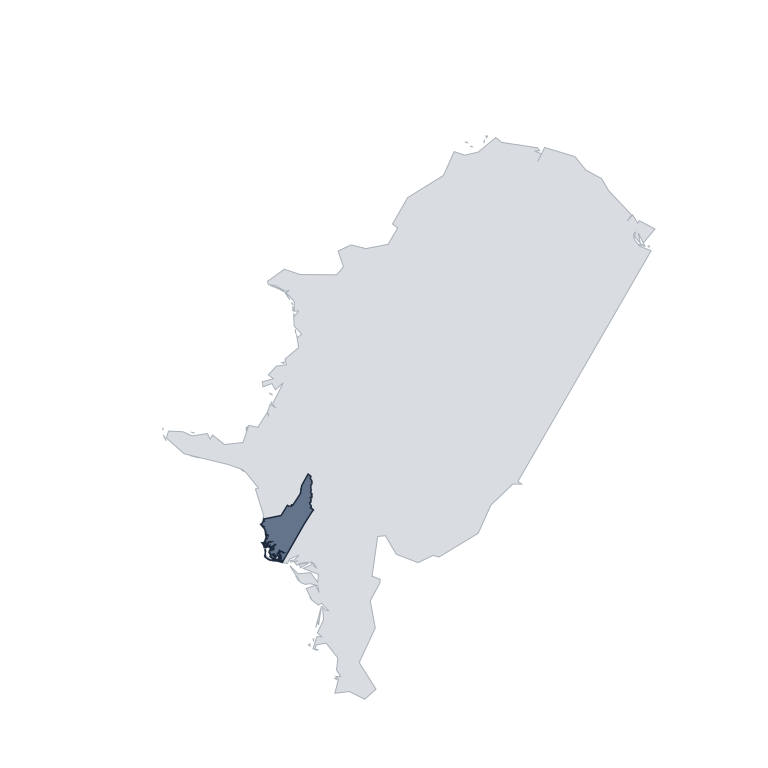 United States of America, with North Carolina highlighted, rotated 120°
{"feature_id": "USA-3549", "entity_name": "North Carolina", "entity_type": "State", "adm_level": 1, "iso_a3": "USA", "parent_name": "United States of America", "parent_adm1": "", "projection": "equal_earth", "projection_center": [-78.085, 35.229], "detail": "fine", "context": "in_parent", "style": "filled", "palette": "slate", "viewbox_px": 768, "rotation_deg": 120, "n_neighbors": 0, "source": "natural_earth", "source_scale": "10m", "svg_char_len": 9762}
<svg xmlns="http://www.w3.org/2000/svg" viewBox="0 0 768 768"><g transform="rotate(120 384 384)"><path d="M599.6,269.6L637.6,266.2L652.3,238.3L666.6,243.1L667.7,260.3L676.4,271.9L662.1,276.0L661.4,279.3L658.9,275.2L655.5,282.1L644.4,286.9L637.3,304.5L643.8,312.1L648.1,311.2L646.9,307.9L648.3,309.4L648.7,313.2L636.4,315.7L634.0,311.6L632.9,317.2L618.6,318.4L607.9,325.6L609.0,321.5L608.0,318.9L605.1,328.6L608.2,330.3L607.2,338.5L600.0,349.2L592.4,342.6L597.0,335.9L591.7,340.5L593.8,348.0L597.0,352.3L597.6,357.1L588.5,374.6L591.3,363.5L584.1,353.2L588.8,342.3L581.6,345.6L584.1,361.7L577.3,356.8L574.9,357.3L577.1,352.3L576.9,350.7L574.6,354.7L574.4,358.1L585.0,364.4L582.6,367.3L577.9,361.6L576.1,360.6L582.0,367.5L584.6,368.8L583.0,372.9L579.9,369.7L584.9,376.0L583.6,376.8L581.2,373.6L574.7,372.1L582.7,378.1L587.8,377.9L592.9,393.1L588.4,381.4L589.8,389.0L580.2,387.4L587.1,394.9L590.5,392.7L586.2,399.6L577.0,397.1L582.6,400.7L577.8,404.2L583.4,406.7L573.1,408.3L567.7,419.5L558.0,422.5L539.2,442.9L536.9,440.6L529.6,459.5L528.9,464.2L531.7,478.8L544.4,522.3L539.5,545.6L532.5,547.0L526.0,534.5L524.8,524.1L515.2,512.2L518.7,506.9L513.9,507.1L516.2,491.9L505.2,476.9L487.4,480.4L484.6,471.6L467.3,470.9L469.6,467.5L466.4,470.9L458.5,472.4L458.7,465.8L457.2,470.5L433.3,471.8L443.3,475.1L439.6,481.3L447.0,487.3L443.0,490.6L434.8,482.5L433.9,488.8L422.3,486.1L416.1,478.2L412.0,482.2L395.1,476.1L384.7,484.7L387.3,482.3L382.1,480.1L378.7,490.8L367.8,497.7L370.4,495.6L363.6,494.5L365.8,498.2L357.5,502.8L353.7,514.7L350.2,512.8L353.1,516.0L353.0,527.1L355.8,533.8L353.3,536.2L334.5,527.7L331.2,511.5L313.1,479.5L302.8,477.7L291.8,490.3L280.0,482.0L275.8,467.4L261.0,450.3L242.0,450.2L241.2,456.6L210.8,456.7L173.7,436.8L147.6,439.4L145.6,428.6L136.1,418.4L114.7,410.4L115.9,402.8L102.7,369.2L104.0,365.7L107.0,370.1L105.9,362.8L114.3,362.1L98.8,363.1L91.6,332.3L97.8,316.1L97.3,298.2L104.0,286.6L113.9,254.0L121.2,254.9L113.2,253.3L117.8,244.6L114.9,244.7L114.3,226.9L132.2,229.9L126.1,239.3L133.8,232.6L131.3,240.5L126.4,242.4L129.5,242.8L133.7,239.5L136.9,231.5L135.0,219.3L401.3,219.3L401.9,214.7L406.2,222.4L435.5,230.9L466.2,227.8L506.4,249.9L507.9,255.8L521.7,265.2L525.3,288.2L514.7,307.0L519.2,313.2L556.4,298.3L555.1,289.6L558.4,288.1L578.7,287.5L599.6,269.6ZM622.9,322.4L629.1,321.4L607.5,327.1L625.3,320.2L622.9,322.4ZM134.4,226.8L135.6,231.8L135.3,232.6L132.8,228.8L134.4,226.8ZM355.6,531.9L353.6,522.2L354.1,516.6L354.2,522.4L355.6,531.9ZM663.6,276.7L663.6,279.4L662.6,278.8L663.6,276.7ZM416.2,481.0L416.6,483.2L414.8,481.4L416.2,481.0ZM122.1,419.1L124.9,417.9L125.0,418.2L122.1,419.1ZM119.5,418.2L118.2,419.8L117.5,418.4L119.5,418.2ZM642.1,316.1L640.4,317.9L639.9,317.4L642.1,316.1ZM355.9,511.6L354.2,516.0L358.2,507.5L355.9,511.6ZM540.7,507.9L543.1,516.5L540.3,507.1L540.7,507.9ZM134.4,426.0L135.2,428.3L134.2,426.2L134.4,426.0ZM540.6,546.9L538.4,549.7L542.0,543.9L540.6,546.9ZM593.7,398.2L591.3,401.4L593.2,393.8L593.7,398.2ZM132.9,222.8L132.6,224.2L131.7,223.5L132.9,222.8ZM365.8,499.9L361.9,501.9L365.9,499.3L365.8,499.9ZM647.9,316.9L647.9,318.9L646.0,318.4L647.9,316.9ZM133.4,432.3L133.9,435.1L133.0,432.6L133.4,432.3ZM360.9,503.6L359.3,504.7L360.7,502.9L360.9,503.6ZM596.7,360.4L594.2,364.7L597.0,358.8L596.7,360.4ZM383.4,486.6L380.9,488.3L384.5,485.4L383.4,486.6ZM530.0,461.8L529.5,465.3L529.3,462.8L530.0,461.8ZM584.3,407.3L583.5,408.0L585.9,405.4L584.3,407.3ZM493.8,479.7L490.8,481.5L489.6,481.1L493.8,479.7ZM457.4,471.8L456.9,472.4L455.2,472.3L457.4,471.8ZM521.6,524.4L522.0,527.0L521.1,523.9L521.6,524.4ZM449.6,476.7L449.1,479.0L449.1,475.0L449.6,476.7ZM533.8,553.1L532.2,553.3L534.5,552.6L533.8,553.1ZM606.7,340.0L605.5,342.0L607.0,339.1L606.7,340.0ZM589.5,402.1L588.4,402.9L588.2,402.8L589.5,402.1Z" fill="#d9dde1" stroke="#a8b0b8" stroke-width="1"/><path d="M587.5,382.9L587.6,383.9L588.2,384.5L588.2,385.0L588.7,385.5L588.4,385.0L588.6,384.6L588.8,384.6L588.7,385.6L589.2,386.4L590.2,389.4L589.8,389.4L589.4,388.8L589.3,388.0L588.9,387.5L588.8,387.1L588.5,386.9L588.6,386.6L588.3,386.3L588.0,386.2L588.3,386.6L588.5,387.6L588.3,387.7L588.9,388.3L587.7,387.9L587.3,387.3L586.5,386.6L585.8,386.4L586.0,386.2L585.8,386.1L585.6,386.6L586.3,386.9L586.7,387.6L587.0,387.8L587.1,388.1L587.3,388.2L587.3,388.3L586.5,388.5L586.2,388.7L584.9,387.6L585.0,388.0L585.9,389.0L585.6,389.2L584.3,388.6L583.8,388.1L583.6,388.1L583.1,387.7L583.4,388.3L584.7,389.2L583.6,389.4L583.4,389.5L583.6,389.6L583.4,389.9L583.0,390.1L582.4,390.4L581.9,390.4L581.3,389.7L581.2,390.0L580.9,390.0L580.7,389.8L580.3,388.0L580.8,386.6L580.7,386.3L580.2,386.1L580.5,386.6L580.0,387.6L580.0,388.8L580.2,389.6L580.5,390.0L580.5,390.4L580.7,390.5L580.3,391.3L582.1,391.4L583.5,390.8L583.9,390.9L584.0,391.5L584.2,391.3L585.2,391.6L584.7,391.1L585.9,390.6L586.9,390.6L587.4,390.8L587.6,391.0L587.4,391.1L587.2,391.7L587.7,391.5L587.5,392.1L587.1,392.4L587.4,393.1L587.4,393.4L586.7,393.4L586.9,393.7L587.4,393.8L587.5,394.2L587.4,394.4L587.6,394.8L587.4,395.0L586.5,394.8L586.7,395.1L586.9,395.2L587.5,395.1L587.7,395.4L588.0,394.3L588.1,392.1L588.6,391.6L589.0,392.1L589.4,392.2L589.1,391.8L588.9,391.4L589.6,391.6L589.8,391.5L589.4,391.3L589.5,390.8L590.2,391.5L590.9,392.9L590.7,393.8L590.9,394.7L590.4,394.8L590.7,395.5L590.6,396.0L590.3,396.1L590.3,396.5L589.7,396.6L589.9,396.4L589.9,396.2L589.4,396.2L589.2,395.6L589.1,396.4L588.5,397.1L588.2,397.2L588.3,397.6L587.9,397.8L588.0,398.0L587.7,398.7L587.4,398.3L587.2,398.9L587.3,399.2L586.8,399.3L586.4,399.7L585.5,399.6L585.3,399.3L585.2,399.7L584.3,398.7L584.2,399.0L584.3,399.4L584.1,399.7L583.6,399.3L584.0,399.3L583.9,398.4L583.6,398.0L583.3,398.9L583.1,398.8L582.9,399.0L583.1,399.3L582.8,399.0L582.5,398.7L582.1,398.1L582.3,397.9L581.9,397.6L582.0,397.4L582.3,397.3L582.8,397.4L583.1,397.0L581.8,396.8L581.2,397.2L581.6,397.6L581.5,398.0L581.8,398.3L581.6,398.6L581.9,398.9L581.7,399.0L581.2,398.7L581.2,398.4L580.9,398.6L580.6,398.5L580.0,398.7L579.3,398.2L577.5,397.6L576.9,397.1L577.2,397.6L577.5,397.8L577.7,398.4L578.0,398.2L578.5,398.3L579.4,399.0L580.0,399.2L580.7,399.6L582.8,400.2L583.1,400.7L582.8,401.3L582.1,401.2L582.4,401.5L581.8,401.6L580.9,402.1L581.8,402.4L582.0,402.3L581.9,402.2L582.0,402.0L582.2,402.4L582.1,402.8L581.6,403.2L581.6,403.4L580.6,404.2L580.4,404.5L580.0,404.7L579.2,404.6L578.8,404.4L578.1,403.6L577.5,403.3L577.0,402.5L576.6,402.3L578.1,404.8L579.6,405.3L580.1,405.8L581.4,404.7L582.4,405.5L582.1,404.6L582.6,404.6L582.9,404.9L583.0,404.1L583.3,403.5L583.5,403.8L583.4,404.3L583.6,404.7L583.2,405.0L583.2,405.4L584.0,405.3L584.1,405.0L584.6,404.9L584.3,404.1L584.7,404.3L585.2,405.0L584.9,405.4L584.5,405.4L584.5,405.9L584.3,406.3L583.9,406.5L583.8,406.2L583.6,406.8L582.8,407.7L582.8,408.1L582.7,408.3L582.3,408.3L581.9,408.0L581.9,407.8L582.0,407.6L581.6,407.1L581.4,408.6L581.1,408.4L581.0,407.5L580.8,407.3L580.3,407.5L579.9,408.0L580.4,407.8L580.7,408.4L578.6,408.2L576.5,409.1L576.4,408.8L576.6,408.7L576.3,407.9L576.1,407.9L576.2,408.4L576.1,409.0L575.7,408.9L575.7,409.2L575.4,409.4L574.8,410.2L574.1,410.7L573.9,410.7L573.3,410.3L574.0,409.4L573.3,408.6L573.5,408.5L573.5,408.3L573.0,408.2L572.9,408.0L573.0,409.0L573.3,409.0L573.5,409.4L573.5,409.7L573.1,409.9L572.9,409.8L572.7,410.0L573.0,410.4L573.5,410.7L573.5,411.2L571.8,412.0L570.4,413.3L569.8,414.1L569.2,415.1L568.7,415.7L568.2,416.9L567.9,419.2L567.5,419.6L567.8,418.6L567.7,417.5L567.7,417.1L567.3,415.9L567.5,417.6L567.5,418.6L567.2,419.3L566.8,419.9L566.6,420.1L564.2,419.7L563.4,419.9L563.0,419.8L563.1,419.6L562.9,419.3L562.8,419.7L562.6,419.9L561.0,420.5L561.1,420.2L560.8,420.3L549.4,407.4L548.9,407.3L537.4,407.0L537.4,405.1L535.9,403.0L534.9,403.7L534.7,403.6L534.6,403.3L534.8,402.7L534.5,402.4L521.6,401.6L520.8,401.7L520.5,401.5L520.2,401.7L520.0,402.0L517.5,402.7L517.2,403.1L516.7,403.5L516.4,403.3L516.1,403.4L513.0,404.5L500.0,404.7L500.4,401.3L501.1,400.8L501.6,401.0L502.7,400.8L503.0,400.3L503.1,399.8L503.4,399.1L503.5,398.6L503.8,398.2L504.4,398.0L504.8,397.4L506.4,396.6L507.7,396.5L508.2,396.7L508.9,396.6L510.6,395.3L511.1,395.2L511.6,394.6L512.4,394.0L513.5,393.5L514.3,393.6L515.2,392.2L515.1,391.7L515.2,391.3L515.7,391.2L516.3,391.5L516.6,390.9L516.7,390.6L518.2,389.8L518.4,389.7L518.6,390.1L518.6,390.8L518.9,391.1L519.7,390.6L520.3,389.6L520.9,389.1L522.1,388.7L522.6,388.3L523.3,388.5L523.5,389.1L524.0,389.1L524.6,388.6L525.7,386.5L526.0,386.1L526.9,385.5L527.9,385.8L527.6,385.0L528.1,383.8L527.9,383.2L528.5,382.1L528.7,382.3L533.0,382.6L545.0,383.1L587.5,382.9ZM589.4,382.9L590.2,386.6L590.9,388.7L592.6,392.0L593.0,393.4L592.6,393.2L592.6,392.9L592.4,392.7L592.1,391.6L591.4,390.6L591.2,390.6L590.9,390.4L590.9,390.2L591.1,390.3L591.4,390.3L591.2,389.9L590.8,389.7L590.6,389.0L590.7,388.6L590.3,387.3L589.8,386.4L589.7,384.9L589.1,383.0L589.4,382.9ZM593.4,394.1L593.8,396.4L593.4,399.8L593.2,400.9L592.9,401.3L592.4,401.3L590.8,401.9L591.3,401.3L591.5,401.4L593.1,400.5L593.5,398.1L593.4,397.2L593.6,396.6L593.5,395.7L593.0,393.7L593.4,394.1ZM583.8,407.4L585.9,405.3L585.7,405.7L583.9,407.5L582.5,410.3L582.4,410.0L582.5,409.6L583.8,407.4ZM591.3,392.1L590.8,391.4L591.0,391.3L591.5,391.6L592.0,392.5L591.9,392.9L591.6,392.8L591.3,392.1ZM576.9,409.1L580.3,408.5L580.9,408.7L579.3,408.7L576.5,409.4L576.9,409.1ZM588.8,382.9L588.9,383.7L588.4,383.7L588.2,383.6L588.1,383.2L587.7,382.9L588.8,382.9ZM571.4,412.6L573.8,411.2L573.4,411.5L572.1,412.2L570.8,413.5L571.4,412.6ZM588.2,402.8L588.7,402.8L590.5,401.8L590.0,402.2L589.0,402.6L587.9,403.5L588.2,402.8ZM567.2,420.2L567.5,419.8L567.2,420.7L566.7,420.4L567.0,420.0L567.2,420.2ZM582.1,409.2L582.4,409.6L581.2,408.9L582.1,409.2ZM587.2,403.5L587.7,403.7L586.5,404.6L586.9,404.1L587.2,403.5ZM568.2,417.4L568.6,416.3L568.8,416.1L568.4,417.2L568.2,417.4Z" fill="#64748b" stroke="#1e293b" stroke-width="1.5"/></g></svg>